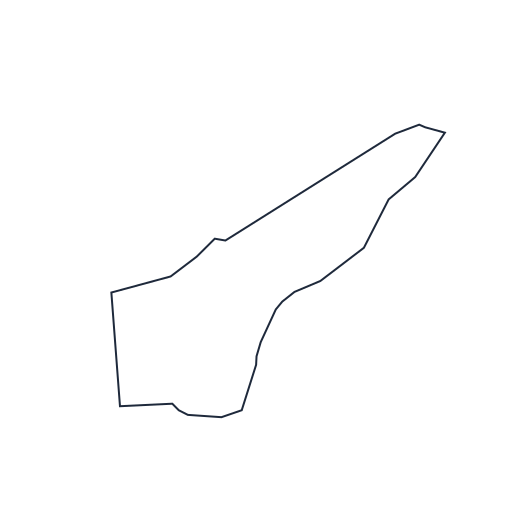 Race-Fram, Mercator projection, rotated 117°
{"feature_id": "SVN-979", "entity_name": "Race-Fram", "entity_type": "Municipality", "adm_level": 1, "iso_a3": "SVN", "parent_name": "Slovenia", "parent_adm1": "", "projection": "mercator", "projection_center": [15.652, 46.446], "detail": "fine", "context": "isolated", "style": "outline", "palette": "slate", "viewbox_px": 512, "rotation_deg": 117, "n_neighbors": 0, "source": "natural_earth", "source_scale": "10m", "svg_char_len": 474}
<svg xmlns="http://www.w3.org/2000/svg" viewBox="0 0 512 512"><g transform="rotate(117 256 256)"><path d="M399.9,198.7L415.3,213.6L428.5,244.6L428.5,254.8L425.6,263.5L451.6,309.0L354.2,368.3L313.0,322.8L283.4,308.5L259.3,300.6L256.1,290.3L83.8,187.5L64.9,170.2L64.5,163.7L60.4,143.7L113.4,150.0L145.3,163.5L199.7,163.6L249.0,187.3L270.5,205.4L284.7,211.9L294.6,214.1L330.6,212.7L345.1,210.0L352.9,206.5L399.9,198.7Z" fill="none" stroke="#1e293b" stroke-width="2"/></g></svg>